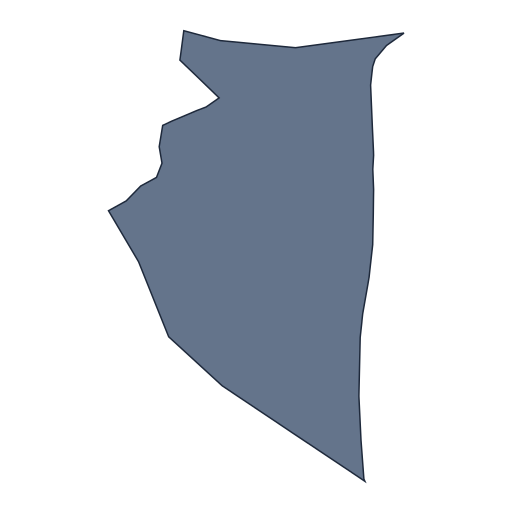 Beliel, Southern Darfur, Sudan
{"feature_id": "16777658B54519575625723", "entity_name": "Beliel", "entity_type": "district", "adm_level": 2, "iso_a3": "SDN", "parent_name": "Sudan", "parent_adm1": "Southern Darfur", "projection": "robinson", "projection_center": [25.18, 11.91], "detail": "fine", "context": "isolated", "style": "filled", "palette": "slate", "viewbox_px": 512, "rotation_deg": 0, "n_neighbors": 0, "source": "geoboundaries", "source_scale": "gbopen_adm2", "svg_char_len": 855}
<svg xmlns="http://www.w3.org/2000/svg" viewBox="0 0 512 512"><path d="M364.9,481.3L363.9,479.0L361.0,440.2L358.9,396.2L359.1,386.4L360.2,337.4L361.8,322.6L362.1,319.3L362.7,313.8L367.8,284.8L369.1,277.1L370.0,268.8L372.7,244.7L373.3,213.6L373.5,196.9L373.6,190.3L373.6,189.2L372.8,169.3L373.6,155.4L373.5,151.7L372.8,136.1L372.5,130.0L372.4,127.8L370.6,85.1L371.9,73.3L372.7,66.5L375.2,58.9L376.1,57.8L386.5,45.5L402.6,34.1L403.5,33.5L403.4,33.1L357.1,39.4L295.5,47.7L259.5,44.3L238.6,42.3L220.4,40.6L183.8,30.7L181.0,52.0L179.9,60.1L185.7,65.7L194.5,74.1L215.5,94.4L219.1,97.9L206.1,107.0L196.9,110.5L171.6,121.2L162.7,125.4L159.2,146.7L162.0,163.2L156.5,177.4L140.7,186.0L126.2,200.9L108.5,210.7L138.6,261.8L168.7,336.8L222.2,385.8L290.0,431.2L291.3,432.1L318.6,450.3L344.2,467.4L364.9,481.3Z" fill="#64748b" stroke="#1e293b" stroke-width="1.5"/></svg>